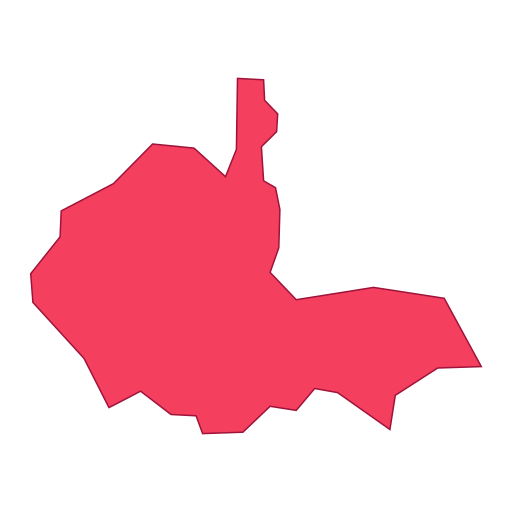 Pogradec, Korçë, Albania
{"feature_id": "67620474B77805918454880", "entity_name": "Pogradec", "entity_type": "district", "adm_level": 2, "iso_a3": "ALB", "parent_name": "Albania", "parent_adm1": "Korçë", "projection": "natural_earth1", "projection_center": [20.619, 40.937], "detail": "fine", "context": "isolated", "style": "filled", "palette": "rose", "viewbox_px": 512, "rotation_deg": 0, "n_neighbors": 0, "source": "geoboundaries", "source_scale": "gbopen_adm2", "svg_char_len": 592}
<svg xmlns="http://www.w3.org/2000/svg" viewBox="0 0 512 512"><path d="M30.7,273.7L32.9,302.4L84.0,358.4L109.0,407.6L140.6,391.2L171.0,414.5L196.1,415.8L202.6,433.6L242.9,432.2L270.1,406.3L296.2,410.4L314.7,388.5L337.6,392.6L389.9,429.5L395.3,395.3L437.7,368.0L481.3,366.6L444.2,298.3L373.5,287.4L296.2,299.7L270.1,272.4L278.8,247.8L279.9,209.5L275.5,187.7L263.6,180.8L261.4,146.7L276.6,131.7L277.7,113.9L264.6,100.3L263.6,79.8L237.5,78.4L236.4,149.4L225.5,176.7L194.0,148.1L152.6,144.0L113.5,183.6L61.2,210.9L60.1,236.8L30.7,273.7Z" fill="#f43f5e" stroke="#9f1239" stroke-width="1.5"/></svg>